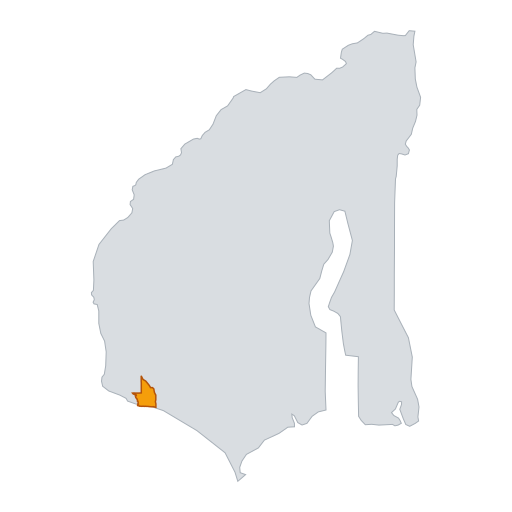 location of Saint Louis, Saint-Louis, Senegal, rotated 270°
{"feature_id": "50182788B94115130730188", "entity_name": "Saint Louis", "entity_type": "district", "adm_level": 2, "iso_a3": "SEN", "parent_name": "Senegal", "parent_adm1": "Saint-Louis", "projection": "mercator", "projection_center": [-16.417, 15.987], "detail": "fine", "context": "in_parent", "style": "filled", "palette": "amber", "viewbox_px": 512, "rotation_deg": 270, "n_neighbors": 0, "source": "geoboundaries", "source_scale": "gbopen_adm2", "svg_char_len": 5483}
<svg xmlns="http://www.w3.org/2000/svg" viewBox="0 0 512 512"><g transform="rotate(270 256 256)"><path d="M415.5,233.7L422.4,245.9L420.9,251.7L419.3,260.2L423.2,266.4L427.8,270.4L431.1,274.1L434.7,279.3L435.2,289.4L434.6,296.8L436.9,300.1L438.9,304.3L438.5,307.7L437.2,310.8L432.8,314.9L432.1,322.5L439.2,331.7L443.8,336.7L443.7,339.6L445.0,342.7L448.4,346.4L450.5,345.5L452.7,342.5L453.8,340.5L459.9,341.4L462.8,342.3L466.7,348.3L468.2,352.3L469.1,357.4L473.2,363.6L476.8,368.0L477.5,370.8L480.7,374.5L478.7,382.8L478.9,387.0L476.8,398.1L476.3,403.4L476.4,405.3L481.3,409.2L480.8,414.9L475.8,413.9L467.3,413.2L450.1,416.1L444.2,414.9L433.0,415.3L424.9,416.9L414.7,420.6L406.8,419.7L402.6,416.8L396.9,417.0L390.6,415.5L383.8,412.7L377.7,411.3L371.0,406.2L367.9,405.3L365.7,406.6L363.9,408.3L362.0,409.4L358.3,408.4L357.0,405.0L358.1,401.6L358.5,399.1L356.8,397.7L352.7,397.2L346.1,397.2L335.6,396.2L333.1,395.5L309.4,394.6L284.9,394.5L264.0,394.5L237.8,394.3L219.3,394.3L202.0,394.2L188.7,401.0L174.3,408.4L154.9,412.3L132.6,410.9L125.5,411.9L118.1,415.2L112.7,417.6L105.0,419.0L95.1,417.9L91.0,418.6L88.6,415.2L85.7,409.7L87.5,405.8L93.5,403.2L102.7,399.8L107.4,401.5L110.2,401.6L110.7,399.5L109.8,398.3L103.0,395.4L99.4,391.5L96.5,393.8L93.9,398.5L91.8,399.9L88.7,401.3L86.9,398.1L86.2,394.9L87.6,392.5L86.9,378.9L87.7,371.7L87.3,365.3L91.6,361.2L95.7,358.6L111.6,358.3L126.4,358.1L140.7,358.2L155.3,358.4L156.8,345.7L161.4,344.7L168.3,343.4L181.1,341.8L195.4,340.4L198.5,337.9L200.9,333.7L202.4,329.9L205.3,328.3L209.3,329.6L214.6,331.5L220.0,334.6L226.3,337.4L230.4,339.2L240.4,343.7L257.5,349.9L271.5,352.4L288.5,347.9L300.8,344.9L302.3,339.5L300.4,334.2L291.3,329.3L278.9,329.8L275.0,331.1L269.3,332.8L265.8,333.4L259.9,332.3L252.5,328.0L247.8,323.8L241.3,321.8L233.5,319.8L221.1,311.0L214.6,309.5L208.5,309.0L196.7,310.8L185.1,315.4L179.1,326.0L167.5,325.9L143.0,325.5L120.6,325.2L102.0,326.0L100.1,318.3L95.7,312.1L88.6,306.9L87.0,302.0L89.4,297.8L96.3,294.3L97.9,291.8L94.3,292.2L88.8,294.4L85.2,294.5L84.8,287.8L78.7,279.1L71.9,264.4L64.1,258.4L57.6,246.4L50.9,241.9L44.6,239.7L39.3,240.2L37.4,245.6L30.7,237.8L39.8,235.0L59.2,225.1L81.4,196.9L101.4,163.4L104.0,155.5L106.4,149.5L108.0,135.8L110.9,127.6L113.6,126.1L116.9,119.8L121.0,108.8L125.7,102.7L130.8,101.5L134.9,102.0L137.7,104.3L146.2,105.7L160.1,106.2L170.9,104.6L178.6,100.8L188.6,98.8L201.0,98.8L207.5,97.2L208.1,94.0L209.8,93.1L212.3,94.3L214.8,93.8L217.1,91.6L219.4,91.4L221.6,93.4L232.0,93.9L250.5,93.2L267.6,99.0L283.3,111.3L291.4,119.5L291.9,123.6L294.5,127.8L299.2,131.9L303.5,132.7L307.4,130.1L310.5,130.4L312.7,133.6L317.2,134.2L322.2,132.2L325.7,132.9L326.4,134.8L327.2,135.8L329.6,136.3L332.8,138.7L337.4,145.2L341.1,154.4L343.9,166.0L347.7,172.4L352.4,173.4L355.1,175.8L355.7,178.6L357.0,180.5L359.3,181.5L363.3,180.9L367.9,184.8L372.9,193.4L373.7,197.2L372.9,199.3L373.2,200.8L376.5,202.3L379.7,205.1L382.2,209.3L387.8,213.0L396.3,216.3L402.4,221.1L406.1,227.6L413.9,233.1L415.5,233.7Z" fill="#d9dde1" stroke="#a8b0b8" stroke-width="1"/><path d="M108.3,138.0L108.2,138.1L108.0,138.3L107.9,138.4L107.6,138.2L107.4,137.9L107.3,137.7L107.2,137.6L106.9,137.5L106.7,137.6L106.4,137.8L106.2,138.1L106.2,138.3L106.2,138.5L106.1,139.1L106.0,139.3L106.0,139.5L105.8,139.6L105.8,139.8L105.8,140.0L105.8,140.3L105.8,140.6L105.8,140.8L105.7,141.0L105.7,141.3L105.7,141.5L105.7,141.8L105.7,142.0L105.7,142.3L105.7,142.5L105.8,142.8L105.8,143.0L105.8,143.3L105.7,143.5L105.7,143.8L105.7,144.0L105.6,144.3L105.6,144.5L105.7,144.9L105.7,145.1L105.7,145.3L105.7,145.5L105.7,145.8L105.7,146.1L105.6,146.5L105.6,146.9L105.6,147.2L105.6,147.4L105.6,147.7L105.6,148.0L105.5,148.4L105.5,148.6L105.5,148.9L105.4,149.1L105.4,149.3L105.4,149.5L105.3,149.9L105.3,150.1L105.3,150.3L105.3,150.5L105.3,150.9L105.3,151.1L105.2,151.3L105.2,151.5L105.2,151.8L105.2,152.0L105.2,152.3L105.2,152.6L105.3,152.8L105.3,153.5L105.2,153.6L105.2,153.8L105.1,154.0L105.1,154.3L105.0,154.6L104.9,155.1L104.7,155.7L104.7,155.9L105.6,155.9L106.7,155.9L107.3,155.9L107.8,155.9L108.4,155.8L108.8,155.8L109.3,155.6L109.7,155.5L110.3,155.4L110.8,155.5L111.7,155.7L112.3,155.8L113.0,155.8L113.7,155.8L114.8,155.8L116.9,155.8L117.0,155.8L117.2,155.6L118.8,154.8L119.4,154.5L119.8,154.4L120.5,154.3L121.2,154.1L122.0,154.0L122.7,153.9L123.3,153.7L123.8,153.1L124.1,152.8L124.4,152.5L124.4,151.0L124.4,150.5L124.9,150.3L125.3,150.0L126.7,149.2L126.9,149.0L127.4,148.6L127.8,148.3L128.3,147.9L129.9,146.6L130.1,146.4L130.5,146.1L130.8,145.9L131.2,145.3L131.5,144.8L131.9,144.1L132.2,143.7L132.5,143.1L132.8,142.9L134.9,141.8L136.2,141.2L135.4,141.2L133.7,141.2L132.5,141.2L131.4,141.2L130.3,141.2L129.1,141.3L128.0,141.3L126.8,141.3L125.6,141.3L124.4,141.3L123.5,141.3L122.0,141.3L120.4,141.3L119.5,141.3L119.1,141.3L119.0,140.2L118.9,138.4L118.9,137.6L118.9,136.8L118.9,135.9L119.0,134.0L119.0,133.5L118.9,132.5L118.5,132.8L118.1,133.2L117.9,133.4L117.8,134.0L117.7,135.0L117.5,135.5L117.3,135.8L117.2,136.1L116.9,136.3L116.7,136.3L116.6,136.0L116.4,135.7L116.5,135.6L116.7,135.3L116.5,135.2L116.1,135.2L115.8,135.5L115.4,135.7L115.3,135.8L115.2,135.8L114.9,135.8L114.7,135.7L114.4,135.8L114.1,136.1L113.8,136.3L113.6,136.5L113.4,136.6L113.3,136.8L113.1,137.0L112.9,137.1L112.7,137.2L112.4,137.1L111.9,137.4L111.7,137.5L111.3,137.5L111.1,137.5L110.9,137.4L110.7,137.6L110.6,137.8L110.5,138.0L110.2,138.1L109.9,138.1L109.6,138.1L109.3,138.1L109.2,138.2L108.6,138.1L108.4,138.1L108.3,138.0Z" fill="#f59e0b" stroke="#b45309" stroke-width="1.5"/></g></svg>